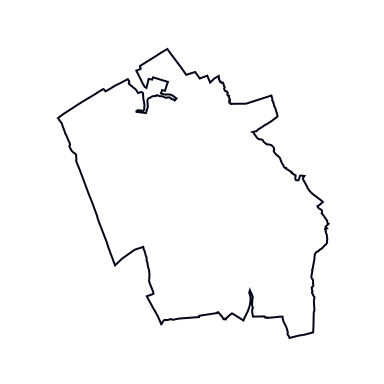 Focuri, Iasi, Romania (Natural Earth projection), rotated 11°
{"feature_id": "2599482B56275033874011", "entity_name": "Focuri", "entity_type": "district", "adm_level": 2, "iso_a3": "ROU", "parent_name": "Romania", "parent_adm1": "Iasi", "projection": "natural_earth1", "projection_center": [27.203, 47.342], "detail": "fine", "context": "isolated", "style": "outline", "palette": "ink", "viewbox_px": 384, "rotation_deg": 11, "n_neighbors": 0, "source": "geoboundaries", "source_scale": "gbopen_adm2", "svg_char_len": 6000}
<svg xmlns="http://www.w3.org/2000/svg" viewBox="0 0 384 384"><g transform="rotate(11 192 192)"><path d="M251.5,82.2L228.2,95.0L214.9,97.7L213.5,98.2L212.9,97.5L212.5,97.7L212.0,97.1L211.7,97.1L211.7,96.8L211.5,96.5L211.6,96.4L211.0,95.7L211.1,95.4L211.7,95.1L211.8,95.0L211.8,94.8L211.3,94.4L211.5,93.7L209.9,91.8L210.1,90.6L209.8,90.4L209.0,90.4L208.1,89.7L207.9,89.1L208.2,88.3L208.1,87.7L207.7,87.3L206.9,86.6L206.1,86.7L204.7,86.1L203.8,84.3L204.1,83.5L204.0,82.6L203.1,81.8L202.8,81.4L202.7,80.5L201.5,78.8L200.5,79.2L199.7,78.3L198.9,78.8L197.5,76.9L197.0,76.5L197.2,76.1L196.7,75.1L196.1,73.0L192.3,76.3L188.9,81.1L184.8,74.9L178.0,79.1L172.2,73.6L164.0,78.1L157.5,71.8L144.7,60.3L140.5,56.3L134.9,61.3L131.2,64.9L117.1,78.0L116.9,78.3L116.9,78.7L118.1,80.5L118.0,81.1L114.2,83.5L122.6,94.5L124.9,97.2L125.6,97.9L127.4,98.5L127.7,94.6L127.8,89.4L127.9,89.2L131.4,89.3L131.9,86.9L147.3,88.5L147.4,89.0L147.0,90.7L146.5,94.6L146.3,97.0L146.1,97.9L143.2,97.6L142.7,101.2L147.1,101.5L150.3,100.7L152.0,100.6L153.3,100.7L155.4,101.4L159.0,103.2L157.5,105.5L156.3,104.7L155.8,104.5L154.6,104.8L154.2,104.8L154.0,104.4L152.6,103.6L151.2,103.5L150.4,103.6L149.1,104.2L148.9,104.5L148.2,104.5L144.6,103.7L143.4,103.8L142.3,104.2L140.1,103.7L139.3,103.7L138.9,103.8L138.5,104.2L138.6,104.4L138.3,104.6L137.9,104.4L136.7,105.1L135.6,105.3L135.2,105.5L133.7,106.5L132.8,107.6L131.8,108.2L131.2,108.7L130.9,109.6L130.8,110.6L130.9,111.7L131.5,113.3L132.0,115.5L132.4,116.7L131.7,123.3L122.2,123.9L122.0,123.3L122.5,122.7L123.2,122.1L123.8,121.9L124.9,122.0L126.4,121.7L128.2,121.7L128.8,121.4L129.1,120.9L129.2,120.5L129.3,120.0L128.6,115.1L126.3,109.3L125.1,104.5L124.8,104.2L124.0,103.7L122.9,103.5L120.3,105.2L117.0,101.9L113.0,99.9L112.4,99.3L111.1,98.9L110.5,98.5L110.3,98.1L109.9,98.1L109.5,98.0L109.2,97.4L109.1,96.3L109.4,95.9L109.1,95.1L107.4,93.5L101.7,98.1L95.9,102.5L93.1,105.2L87.9,109.7L85.6,107.9L85.1,108.0L80.9,111.8L78.5,114.2L67.4,124.1L63.7,127.6L51.2,139.7L47.6,143.5L46.3,145.1L47.2,145.8L48.5,147.2L50.4,148.8L51.3,149.7L52.4,152.0L55.1,156.3L56.4,158.7L57.5,159.9L60.3,164.2L62.4,167.0L63.3,168.7L63.1,169.5L62.8,170.1L63.2,170.9L64.1,172.1L65.5,174.0L66.2,174.6L68.0,175.8L70.4,176.9L71.2,177.8L71.6,179.1L72.1,181.7L72.4,182.4L72.3,183.3L73.1,185.0L77.4,191.4L91.7,214.8L95.4,220.4L103.4,233.6L104.2,235.5L106.1,238.8L117.7,257.2L120.8,263.0L122.4,265.4L123.8,268.0L126.8,272.6L128.0,274.8L130.5,278.7L136.2,270.6L146.0,260.4L147.5,259.1L152.2,256.6L154.5,255.1L154.7,255.3L155.5,257.4L156.8,259.1L158.6,262.9L159.7,264.7L160.1,265.7L160.4,267.7L161.4,269.2L163.0,273.5L165.0,277.5L165.1,278.3L165.9,280.6L166.2,282.4L166.2,283.2L166.6,285.0L166.8,287.1L167.0,288.0L167.5,289.0L173.0,297.5L173.6,299.2L173.5,299.4L167.5,303.0L176.9,314.4L178.0,315.5L182.1,320.4L187.1,327.7L187.3,327.5L188.2,324.5L188.7,324.0L189.3,322.9L189.8,322.7L191.1,322.6L192.3,322.3L193.5,321.9L194.5,321.3L195.0,320.9L195.6,320.7L196.3,321.0L197.8,321.0L203.5,318.7L222.8,313.4L222.7,312.1L240.1,305.9L239.9,305.4L240.7,305.0L243.9,307.6L245.4,308.7L247.0,310.6L247.5,310.9L247.9,310.9L248.4,310.1L249.6,310.5L249.9,309.0L251.1,307.7L251.4,307.0L254.4,303.5L257.5,304.6L267.0,308.3L268.1,303.5L269.5,298.4L270.1,294.9L270.3,293.0L270.3,288.9L270.0,286.3L268.9,282.3L267.4,280.2L267.4,279.8L267.6,277.4L268.7,279.1L270.3,281.1L271.7,283.5L271.8,284.5L271.7,286.0L272.1,288.5L272.3,290.5L272.6,291.7L273.9,294.1L273.9,294.5L273.5,295.6L273.5,296.1L274.4,299.9L275.0,300.8L275.5,302.6L276.1,302.6L286.9,300.3L287.2,300.4L287.4,301.2L289.8,300.8L289.8,301.3L301.0,298.0L301.2,297.8L304.7,297.1L305.2,299.0L306.4,301.4L307.6,303.3L308.6,304.2L310.9,307.5L312.7,311.2L312.9,312.1L312.9,313.2L313.0,313.6L313.5,314.1L314.1,314.5L315.4,316.3L315.6,316.6L324.2,312.6L329.7,310.6L337.7,306.7L337.0,301.5L334.5,287.0L334.5,286.2L334.8,285.6L334.7,284.6L332.4,275.6L332.4,272.3L332.0,271.5L330.7,270.5L330.1,269.5L329.3,268.5L328.9,267.4L329.2,266.6L329.1,266.1L328.2,264.7L328.2,264.1L328.1,263.7L327.7,263.0L327.7,262.8L328.8,261.5L329.0,260.9L328.7,259.7L328.3,258.9L328.1,258.3L328.1,256.9L327.3,254.9L326.1,254.0L325.7,253.4L325.3,252.2L325.2,246.5L325.1,245.9L324.9,245.9L324.7,245.6L325.1,244.8L325.0,242.2L325.0,234.9L324.7,232.6L324.5,229.3L325.7,227.0L326.0,226.7L327.1,226.3L328.4,224.3L329.9,223.1L331.6,220.6L332.0,219.7L333.4,218.0L334.3,216.0L333.8,213.9L333.7,212.1L333.6,211.7L333.0,210.5L332.9,210.0L332.7,209.3L332.7,208.8L332.1,207.6L331.5,206.9L330.9,205.3L330.6,205.0L330.7,204.4L330.4,203.7L329.9,203.3L329.7,202.8L331.4,202.0L329.7,200.6L332.1,197.2L331.2,196.8L330.8,196.4L330.5,195.4L330.0,194.3L325.1,189.5L323.4,188.4L323.5,186.5L323.1,185.5L322.5,184.9L321.9,184.6L320.7,184.3L319.1,183.5L318.2,182.6L317.9,182.1L318.1,182.0L319.9,180.0L322.4,176.8L319.0,174.8L318.0,174.5L315.3,173.0L313.8,172.4L310.1,170.5L307.3,168.6L304.7,166.0L304.2,165.1L299.3,159.2L298.3,157.8L298.2,157.4L299.3,154.8L298.6,154.8L298.0,155.2L297.6,155.2L297.0,155.0L296.1,154.9L294.9,155.5L294.7,158.0L294.5,158.8L294.3,160.0L294.2,160.2L293.0,160.5L291.8,160.5L291.2,159.9L290.8,159.0L290.5,155.8L288.5,155.2L288.4,155.3L286.1,154.2L286.4,153.8L285.3,153.1L283.5,152.6L282.3,151.9L280.7,151.6L279.7,150.9L279.7,150.5L279.2,150.7L278.3,150.5L277.8,150.2L276.7,148.7L276.6,148.3L275.6,147.4L275.4,147.1L274.8,146.5L274.0,145.5L272.4,142.7L271.6,141.6L268.8,139.8L267.5,139.2L265.4,137.5L264.3,136.0L264.3,135.6L264.6,135.2L264.5,134.5L264.0,133.2L263.2,132.4L262.0,131.5L260.7,130.8L257.4,130.7L256.4,131.0L256.2,130.9L253.3,129.4L252.6,128.9L251.5,127.6L251.3,127.5L249.7,127.2L247.5,127.4L247.0,127.3L245.4,126.3L244.3,125.2L242.7,123.8L241.1,122.1L240.6,121.7L240.1,121.6L242.2,120.5L243.5,120.1L245.6,117.4L248.9,114.4L250.4,112.7L251.3,111.9L252.4,111.3L253.4,110.2L257.1,106.7L259.5,103.8L261.0,102.3L261.5,101.6L261.5,101.4L261.2,100.4L257.7,93.6L256.0,91.6L255.7,90.2L254.8,89.2L254.8,88.7L254.5,87.9L253.3,87.0L253.3,86.1L253.1,85.3L251.5,82.2Z" fill="none" stroke="#020617" stroke-width="2"/></g></svg>